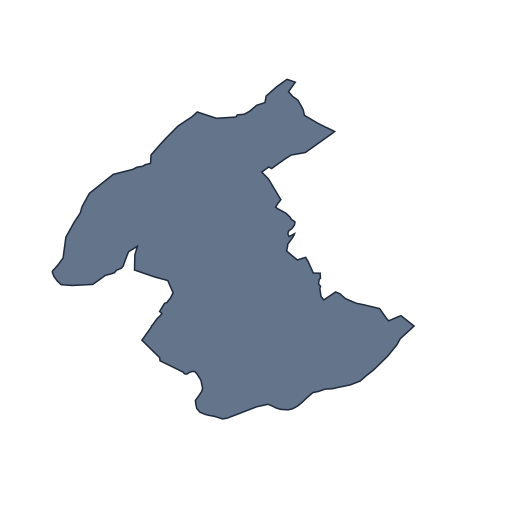 Ajingi, Kano, Nigeria (Equal Earth projection), rotated 223°
{"feature_id": "59680162B27639129809368", "entity_name": "Ajingi", "entity_type": "district", "adm_level": 2, "iso_a3": "NGA", "parent_name": "Nigeria", "parent_adm1": "Kano", "projection": "equal_earth", "projection_center": [9.085, 11.959], "detail": "fine", "context": "isolated", "style": "filled", "palette": "slate", "viewbox_px": 512, "rotation_deg": 223, "n_neighbors": 0, "source": "geoboundaries", "source_scale": "gbopen_adm2", "svg_char_len": 2754}
<svg xmlns="http://www.w3.org/2000/svg" viewBox="0 0 512 512"><g transform="rotate(223 256 256)"><path d="M129.7,301.8L144.7,293.4L150.4,289.8L161.7,285.8L168.7,285.6L170.0,285.2L171.2,284.8L173.3,284.0L173.9,281.2L176.5,270.0L180.9,270.8L187.1,275.7L188.1,277.9L191.1,278.1L193.7,281.8L193.8,283.9L197.0,286.8L197.3,287.2L202.5,282.6L213.8,287.4L218.8,288.9L223.1,281.3L232.9,280.7L237.1,280.6L239.6,284.8L240.8,286.2L241.8,294.6L242.5,297.4L243.0,298.6L243.5,297.1L245.1,292.8L246.7,293.3L248.2,294.5L249.2,296.8L248.4,300.6L248.8,303.4L249.1,305.1L249.9,306.3L250.5,307.3L251.2,307.6L254.6,306.9L256.1,307.1L257.4,307.6L261.1,307.7L263.5,307.7L272.7,305.3L275.0,305.1L276.0,310.3L275.9,311.9L276.2,312.9L276.2,314.1L299.4,320.8L309.0,321.3L307.4,329.8L304.2,330.6L302.7,338.5L301.4,344.8L299.3,353.6L290.5,365.3L285.6,389.3L283.9,397.5L283.4,400.7L296.6,396.6L301.9,395.1L316.5,391.9L321.4,395.2L325.3,396.6L328.2,397.4L331.8,398.6L337.9,397.7L344.3,398.4L345.8,409.9L353.8,406.4L356.3,394.1L357.7,380.0L354.1,374.3L357.9,367.4L358.3,366.7L359.4,357.4L361.3,351.6L365.9,346.5L365.5,343.9L378.9,329.7L397.2,321.3L397.8,313.9L399.5,307.2L401.7,297.6L402.2,279.9L402.1,270.8L401.7,258.4L396.3,251.8L398.3,248.8L399.3,247.2L400.0,244.5L402.5,241.2L403.7,239.7L405.2,235.3L416.1,218.3L420.6,188.3L417.0,173.9L416.0,171.6L414.9,169.8L414.3,168.6L413.7,166.8L413.3,164.4L412.8,161.3L412.0,156.6L407.9,140.1L395.7,122.9L395.2,118.3L394.9,116.1L394.8,114.5L394.7,113.0L394.6,110.2L394.6,109.9L394.6,109.7L394.6,109.4L394.6,109.2L394.6,108.9L394.6,108.7L394.6,106.8L394.2,105.4L389.8,103.2L384.4,102.2L379.0,102.1L370.4,109.0L356.0,123.9L352.9,139.2L349.6,144.4L348.1,147.3L348.3,150.5L346.2,155.3L346.2,158.0L347.4,160.5L350.5,168.0L352.1,172.2L349.4,182.2L345.2,174.0L335.3,162.9L333.2,163.8L315.9,171.5L303.8,177.9L301.1,176.7L291.5,172.5L290.1,167.5L289.8,166.0L289.7,163.9L289.5,161.4L290.0,160.0L290.6,159.0L290.1,156.5L288.7,149.7L286.9,149.8L285.5,149.7L285.4,147.8L285.3,146.3L285.5,144.7L285.6,143.1L285.3,140.3L285.0,137.8L284.6,134.9L284.7,133.4L284.1,132.5L282.0,116.6L263.5,116.1L257.2,116.0L254.7,113.9L229.7,121.5L228.3,121.0L227.5,121.3L226.0,122.6L225.3,125.4L224.0,128.0L221.9,129.7L218.6,129.5L211.6,127.6L204.8,122.8L203.4,120.0L202.6,115.5L201.8,109.0L199.0,106.6L195.4,104.1L190.5,103.5L185.1,105.5L181.8,107.3L176.8,110.5L169.1,114.2L166.3,118.1L152.6,146.3L146.1,155.7L143.0,157.0L137.5,158.6L133.4,160.6L127.5,165.5L124.9,169.5L123.2,174.8L122.4,181.0L122.1,187.5L121.2,195.1L118.2,199.1L114.7,205.7L109.8,210.8L105.5,217.1L99.3,225.8L97.4,229.6L94.5,235.7L93.7,243.8L92.3,252.5L91.4,272.5L92.4,287.4L94.1,293.9L92.6,312.6L109.4,311.2L114.8,299.0L117.6,299.3L129.7,301.8Z" fill="#64748b" stroke="#1e293b" stroke-width="1.5"/></g></svg>